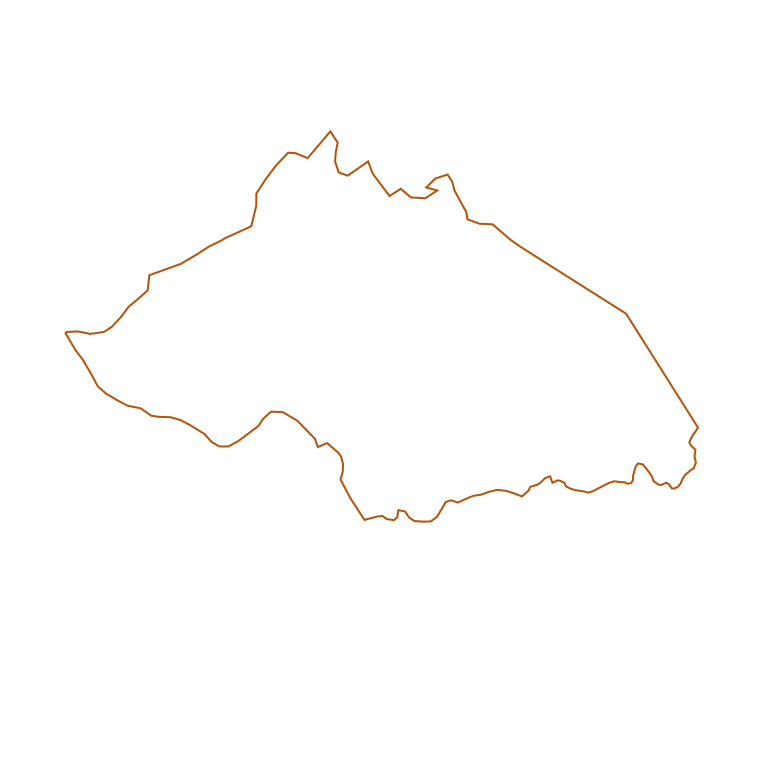 Kampar, Perak, Malaysia (Robinson projection), rotated 57°
{"feature_id": "92858781B88195291987558", "entity_name": "Kampar", "entity_type": "district", "adm_level": 2, "iso_a3": "MYS", "parent_name": "Malaysia", "parent_adm1": "Perak", "projection": "robinson", "projection_center": [101.24, 4.393], "detail": "fine", "context": "isolated", "style": "outline", "palette": "amber", "viewbox_px": 768, "rotation_deg": 57, "n_neighbors": 0, "source": "geoboundaries", "source_scale": "gbopen_adm2", "svg_char_len": 2181}
<svg xmlns="http://www.w3.org/2000/svg" viewBox="0 0 768 768"><g transform="rotate(57 384 384)"><path d="M591.5,144.4L456.9,142.7L344.0,194.5L332.2,199.3L309.2,206.0L301.6,216.6L291.4,224.3L284.6,221.4L271.9,220.4L260.0,219.5L251.5,216.6L243.0,216.6L239.6,229.1L242.2,241.5L250.7,233.9L250.7,248.2L242.2,259.8L229.4,263.6L229.4,277.0L201.4,278.9L188.7,276.1L189.5,301.0L181.9,306.8L170.9,303.9L163.2,298.1L156.4,291.4L142.9,291.4L153.0,325.0L142.0,332.7L137.8,338.4L142.0,355.7L147.9,372.0L154.7,387.3L164.9,394.0L179.4,409.4L177.7,420.9L175.1,438.2L175.1,442.0L173.4,456.4L173.4,469.8L172.6,489.0L164.9,521.6L176.8,531.2L178.5,542.8L180.2,556.2L184.4,567.7L187.8,581.1L187.8,590.7L181.9,603.2L173.4,611.8L167.4,622.0L167.9,623.4L187.0,624.3L199.7,623.4L218.4,624.3L230.3,625.3L240.5,622.4L252.3,616.6L262.5,610.9L271.9,601.3L283.8,596.5L288.9,590.7L295.6,581.1L303.3,574.4L313.5,568.7L327.9,561.9L338.9,560.0L346.6,556.2L351.7,548.5L352.5,537.0L350.8,512.1L347.4,504.4L345.7,493.8L352.5,484.2L367.8,476.6L392.4,471.8L400.9,473.8L402.5,463.9L417.2,459.6L422.1,459.6L429.1,462.1L435.1,466.4L440.5,472.5L461.2,474.4L487.3,474.4L491.6,461.5L493.8,457.2L498.7,455.3L503.6,449.8L503.0,445.5L497.6,440.6L502.5,435.7L509.5,435.7L515.5,433.2L520.9,425.9L524.7,419.7L524.2,411.7L520.9,405.0L516.6,396.4L518.2,390.9L523.7,386.6L524.7,379.2L526.4,370.0L529.6,363.2L531.8,354.0L534.5,346.7L540.0,339.9L545.9,335.0L553.5,329.5L552.0,320.5L549.9,317.3L552.0,310.2L552.0,306.7L550.6,300.0L552.0,294.9L554.8,295.7L558.6,296.5L559.3,291.0L561.1,289.0L564.9,286.7L569.1,287.1L573.2,284.7L577.0,281.6L579.8,278.4L583.3,274.5L586.4,271.7L587.8,267.0L588.2,261.5L588.9,254.4L589.6,248.6L591.0,243.8L595.1,239.1L597.2,236.0L600.3,234.0L601.7,230.9L600.3,227.7L596.5,225.0L593.4,221.4L590.6,218.3L588.9,214.4L592.3,210.8L597.6,210.1L602.8,209.7L608.0,209.7L611.8,210.8L614.2,210.1L618.1,208.5L619.8,206.1L620.5,201.0L622.9,199.8L628.5,199.4L629.9,197.1L630.2,193.2L628.9,189.2L626.4,185.7L624.3,181.0L623.3,173.9L623.3,170.0L619.8,165.3L613.6,162.9L611.1,160.5L608.7,158.6L602.4,160.2L599.3,159.8L596.9,156.2L595.1,152.7L593.4,148.4L591.5,144.4Z" fill="none" stroke="#b45309" stroke-width="2"/></g></svg>